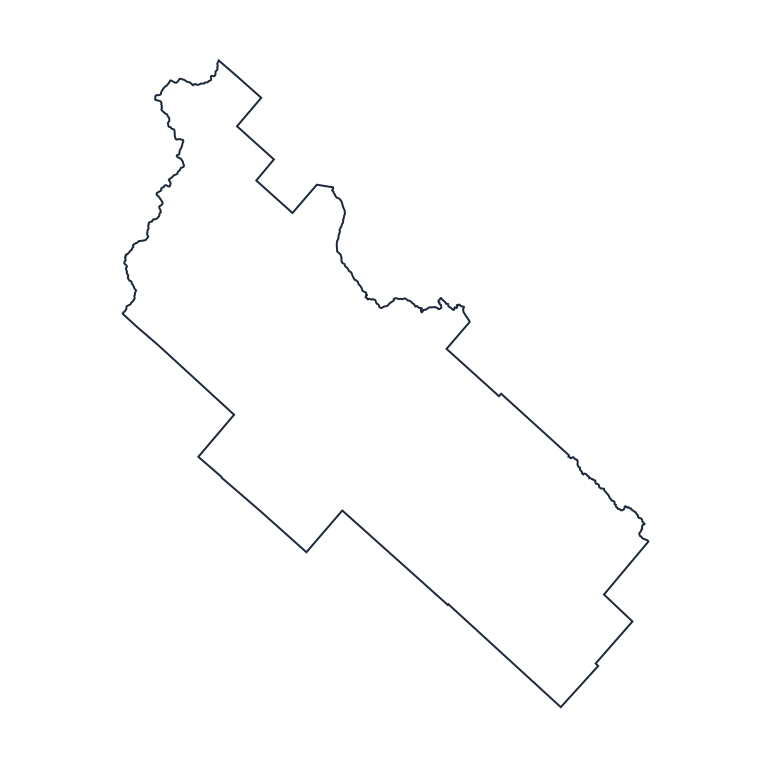 the district of 25 de Mayo, Buenos Aires, Argentina, rotated 268°
{"feature_id": "61730980B17361655515044", "entity_name": "25 de Mayo", "entity_type": "district", "adm_level": 2, "iso_a3": "ARG", "parent_name": "Argentina", "parent_adm1": "Buenos Aires", "projection": "robinson", "projection_center": [-59.976, -35.554], "detail": "fine", "context": "isolated", "style": "outline", "palette": "slate", "viewbox_px": 768, "rotation_deg": 268, "n_neighbors": 0, "source": "geoboundaries", "source_scale": "gbopen_adm2", "svg_char_len": 6163}
<svg xmlns="http://www.w3.org/2000/svg" viewBox="0 0 768 768"><g transform="rotate(268 384 384)"><path d="M582.3,340.0L585.5,323.8L558.1,298.5L591.8,263.5L612.3,281.8L646.7,246.1L674.3,271.3L696.8,247.7L713.1,230.1L709.8,228.5L707.9,229.0L706.3,228.4L704.7,228.6L703.6,228.1L702.0,226.5L699.3,226.4L697.9,225.5L697.5,224.8L698.0,222.6L697.6,222.0L696.9,221.7L694.3,221.9L693.8,221.6L693.4,221.3L692.9,219.5L691.6,218.1L691.5,215.5L690.6,214.6L690.5,214.0L690.7,211.5L689.9,210.3L689.5,208.5L689.6,207.6L690.4,205.8L690.1,204.6L689.3,203.9L689.3,203.4L692.0,200.8L693.2,197.1L694.2,196.1L695.3,194.2L695.4,193.1L696.1,191.5L696.1,190.5L695.7,190.0L693.3,188.3L692.3,186.9L692.4,185.9L694.6,182.0L694.8,181.1L691.7,179.0L689.5,176.8L688.5,175.1L686.5,173.5L684.1,171.8L681.6,171.1L681.0,170.6L680.5,169.0L680.7,167.0L679.9,165.7L677.0,165.2L675.9,165.5L674.6,170.1L673.5,171.2L672.3,171.4L671.3,171.1L669.8,171.7L669.0,171.4L667.7,171.8L666.8,171.3L666.0,171.1L664.9,171.8L662.3,174.4L661.2,176.4L658.4,177.7L657.3,178.6L655.1,178.7L654.2,178.5L652.4,177.1L649.2,177.6L648.6,178.0L648.1,179.6L646.5,180.8L646.0,182.3L645.5,183.2L644.2,183.5L638.9,183.6L636.3,184.3L635.5,185.4L635.9,187.4L635.9,188.6L635.2,189.9L635.1,191.4L634.1,191.9L633.1,191.9L631.6,191.0L628.5,190.3L626.5,189.3L624.9,188.1L621.3,187.5L620.6,187.2L619.8,185.0L619.3,184.8L617.9,185.6L616.2,188.9L613.0,190.8L611.4,191.0L609.9,191.6L608.5,191.6L607.8,190.7L606.8,188.3L604.7,187.4L603.3,185.4L601.2,184.7L600.5,183.2L600.1,181.6L597.7,179.0L596.1,176.4L595.1,176.1L593.7,177.3L592.0,177.7L589.3,177.0L588.9,176.6L588.9,175.9L590.3,173.1L590.1,172.0L589.3,171.0L588.5,170.7L587.4,168.3L585.5,168.1L584.9,167.6L583.0,163.9L582.2,163.3L580.9,163.5L578.9,165.6L574.0,168.6L572.7,169.0L571.9,168.9L570.6,167.9L569.7,166.1L568.7,165.5L567.6,165.7L565.7,166.7L563.4,166.9L562.5,165.8L559.5,165.1L557.5,163.0L556.6,161.2L556.7,159.5L556.1,158.7L555.4,158.5L555.0,157.8L554.4,157.6L554.1,156.0L553.4,154.6L552.0,154.6L551.1,154.0L549.9,153.8L547.5,154.2L546.1,153.1L543.8,152.9L542.5,152.4L540.0,153.1L539.5,153.5L538.9,153.2L536.2,150.8L535.7,148.3L535.3,143.9L533.4,141.6L533.4,140.9L532.3,138.9L531.4,137.9L529.6,138.3L528.4,137.0L527.0,136.6L526.4,135.5L523.2,132.7L522.2,130.5L521.8,130.4L521.3,130.7L520.7,130.0L520.1,130.0L519.4,129.5L518.3,130.1L516.3,130.0L515.9,129.3L514.0,128.6L512.7,129.4L511.3,130.9L510.5,131.1L509.7,131.0L508.9,130.2L507.6,130.2L505.1,131.1L504.0,130.7L501.4,132.2L500.5,131.9L499.7,132.1L499.2,131.7L498.7,131.7L496.3,133.2L495.2,135.1L493.0,135.6L491.4,136.8L487.9,138.0L486.3,139.5L483.0,138.1L482.2,138.3L480.6,137.5L478.9,137.8L477.5,137.5L476.9,136.8L475.4,136.0L474.7,134.8L472.4,133.3L470.8,129.8L470.2,129.3L467.9,129.1L465.4,127.3L464.6,125.9L463.3,125.3L449.7,139.1L431.2,159.2L358.5,233.1L317.7,195.9L296.8,218.4L296.1,218.4L261.5,255.8L218.6,300.6L259.0,337.9L161.0,440.0L161.7,440.6L54.9,549.4L94.7,588.2L97.3,585.8L138.0,624.0L165.9,596.5L217.3,642.7L218.5,642.0L220.4,637.6L221.1,636.6L222.5,635.8L222.9,634.8L224.6,633.9L225.8,633.9L228.5,636.0L229.5,636.1L230.2,637.0L232.5,636.8L233.9,637.5L234.5,638.1L234.5,639.0L235.1,639.5L237.4,637.5L238.7,637.4L240.3,636.6L241.0,635.7L241.1,634.3L242.2,633.2L243.1,633.5L243.9,632.8L244.5,632.8L245.5,631.7L246.9,631.3L247.7,629.7L249.2,628.1L249.3,627.6L251.0,626.3L251.0,625.5L252.3,624.0L251.9,622.9L252.8,622.2L253.4,621.1L253.1,620.3L251.9,620.1L250.1,619.1L249.4,616.9L249.5,616.4L250.6,615.3L251.2,613.2L252.2,612.9L252.8,612.0L253.7,611.4L255.2,611.4L255.8,610.3L258.2,610.2L259.2,609.0L259.3,608.1L259.7,607.4L261.1,606.7L262.5,605.5L264.7,604.7L269.6,600.7L270.4,600.3L271.5,600.2L271.9,599.3L272.0,597.2L273.1,595.8L273.7,595.4L275.6,595.2L276.9,593.6L276.8,592.8L277.1,592.3L278.4,591.7L279.8,591.9L280.3,591.5L280.7,590.1L281.5,589.7L281.6,588.4L282.6,587.3L282.9,586.3L282.7,585.8L284.4,585.5L285.1,584.1L286.4,583.4L287.2,582.2L287.5,580.7L286.7,580.2L287.8,578.7L289.3,578.7L291.6,576.9L293.5,577.0L294.3,575.6L296.8,574.5L299.3,574.9L301.2,574.5L302.4,572.3L304.2,570.6L304.2,569.9L303.4,568.5L303.5,567.5L304.9,566.7L304.9,565.9L306.3,566.3L370.2,500.7L367.8,498.5L416.9,447.7L443.0,471.8L444.8,471.2L445.4,470.5L447.9,469.3L448.6,468.6L453.1,466.0L456.1,465.6L457.7,466.6L458.5,466.4L458.9,464.0L460.7,462.1L460.7,461.6L460.0,460.7L460.4,459.8L460.1,459.5L458.5,459.8L457.9,459.6L457.5,459.2L458.1,457.4L457.4,456.9L456.2,456.9L455.7,456.4L455.7,455.9L456.0,455.2L457.6,453.7L459.2,451.3L459.8,451.0L461.7,450.8L462.2,448.7L463.5,448.2L465.5,445.9L467.9,443.9L467.8,443.5L466.4,442.6L465.6,441.5L464.5,441.3L464.1,441.4L463.6,442.3L462.9,442.0L462.1,442.4L461.3,443.0L461.2,443.6L460.6,443.8L458.4,444.0L457.9,443.7L456.9,441.9L457.0,440.9L458.1,440.1L458.4,439.5L458.7,438.1L459.2,437.6L458.9,434.0L459.1,432.6L458.4,430.8L456.6,428.1L456.8,427.3L456.6,426.2L454.4,424.5L454.4,424.2L455.2,423.6L457.0,423.6L457.5,424.3L458.4,424.3L458.9,421.7L460.8,419.4L460.4,418.4L460.5,417.9L462.6,416.9L463.6,415.5L465.6,413.6L466.6,411.6L466.6,410.9L468.5,408.5L468.8,407.2L468.2,405.7L468.2,404.3L468.6,403.2L468.3,401.9L469.4,399.2L468.9,397.1L468.5,396.7L467.3,396.8L466.9,396.5L464.8,392.9L462.0,390.1L461.3,386.6L460.0,384.3L460.3,383.2L461.2,381.9L463.1,381.5L463.8,381.0L464.6,379.4L468.2,378.2L469.2,375.8L468.8,374.5L469.7,372.1L469.1,371.2L469.2,370.5L470.5,369.9L471.3,368.6L472.4,369.0L473.2,370.0L473.7,370.0L474.0,369.2L475.6,369.4L476.1,369.1L476.9,367.3L478.1,365.7L479.2,365.3L480.3,365.2L482.5,364.0L484.5,362.2L487.2,361.3L488.9,359.3L489.3,358.2L490.0,357.8L493.8,356.1L496.5,355.3L498.2,352.9L500.4,351.9L501.9,350.7L502.9,349.3L505.2,348.8L506.2,347.0L507.4,346.0L509.7,345.7L511.0,346.1L514.6,345.2L515.6,344.6L516.7,343.1L518.2,341.8L525.1,341.6L528.4,342.1L531.0,343.5L533.5,343.7L535.2,344.4L535.9,344.4L537.5,345.3L539.6,344.9L541.5,346.2L542.1,346.2L543.5,347.2L545.1,347.5L546.4,348.5L548.5,349.0L549.4,348.8L551.2,349.6L553.8,350.1L555.5,351.0L556.1,351.0L556.9,350.7L558.7,350.8L562.6,349.2L567.5,348.1L570.7,346.0L572.0,343.2L574.1,341.7L575.3,341.4L576.7,340.4L577.8,340.3L579.4,338.9L580.9,340.0L582.3,340.0Z" fill="none" stroke="#1e293b" stroke-width="2"/></g></svg>